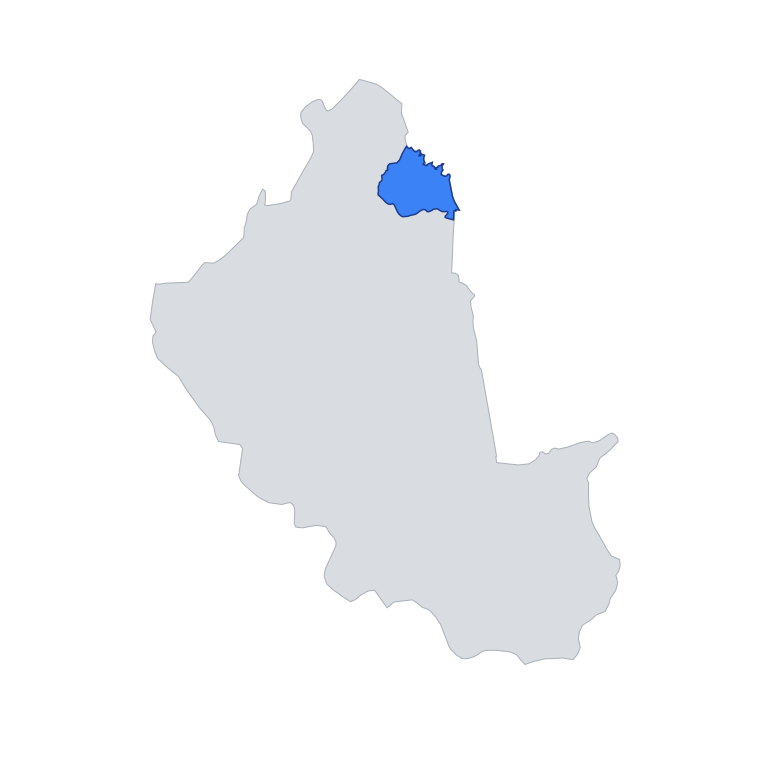 Kompienga on a map of Burkina Faso (orthographic projection), rotated 260°
{"feature_id": "BFA-2183", "entity_name": "Kompienga", "entity_type": "Province", "adm_level": 1, "iso_a3": "BFA", "parent_name": "Burkina Faso", "parent_adm1": "", "projection": "orthographic", "projection_center": [0.977, 11.426], "detail": "fine", "context": "in_parent", "style": "filled", "palette": "blue", "viewbox_px": 768, "rotation_deg": 260, "n_neighbors": 0, "source": "natural_earth", "source_scale": "10m", "svg_char_len": 5498}
<svg xmlns="http://www.w3.org/2000/svg" viewBox="0 0 768 768"><g transform="rotate(260 384 384)"><path d="M574.0,483.6L554.2,484.4L547.0,486.6L542.6,486.6L542.5,484.8L542.0,483.7L517.0,477.6L499.5,473.9L481.7,469.8L480.7,473.6L478.1,476.0L474.3,476.1L471.6,475.5L469.8,478.4L466.9,482.2L462.8,484.1L458.7,486.4L456.4,488.4L454.8,488.5L450.8,483.6L445.4,483.1L435.3,483.8L430.7,482.5L424.5,481.8L409.9,482.7L386.5,480.5L382.7,481.5L381.7,482.4L358.5,482.4L333.1,482.4L311.8,482.4L293.2,482.3L293.1,481.5L287.2,481.3L286.5,482.9L280.9,502.4L280.2,513.0L282.9,519.7L286.1,523.9L289.6,525.7L289.9,528.1L287.0,531.1L287.2,534.3L290.5,537.5L291.3,540.9L289.6,544.5L289.9,553.1L292.2,566.7L292.2,575.5L289.8,579.5L290.8,586.4L295.3,596.2L296.1,600.3L294.4,602.2L290.6,604.7L286.7,604.6L282.3,598.6L280.3,595.9L276.7,589.9L273.7,583.9L269.6,581.2L265.5,578.7L260.6,571.0L255.8,567.3L250.7,568.3L243.3,566.8L228.3,564.6L212.2,564.9L205.4,566.6L198.8,569.2L181.9,575.0L175.3,577.9L170.2,585.5L164.5,585.2L158.8,582.6L155.3,579.1L147.7,579.7L140.3,576.2L133.3,569.5L128.1,567.2L121.5,562.2L119.8,553.1L115.7,546.6L112.0,537.6L106.3,533.5L99.6,531.2L90.4,531.5L84.4,527.8L79.8,522.5L81.1,518.0L83.4,511.6L83.8,505.5L85.4,495.5L84.8,483.0L83.3,474.2L88.5,470.7L94.4,467.6L98.2,461.7L102.2,448.5L104.1,437.0L103.0,432.8L101.1,429.3L99.7,424.3L99.0,418.3L100.1,413.0L104.7,408.2L110.3,404.2L114.3,402.4L124.8,400.5L137.9,397.8L145.5,394.5L151.0,391.1L154.2,388.5L157.4,382.9L162.5,378.7L166.5,374.4L167.3,362.2L167.4,355.3L164.6,351.4L163.1,348.1L182.6,338.9L182.9,332.2L180.3,324.6L176.7,318.5L175.4,313.3L180.8,307.2L185.7,302.7L189.2,298.9L196.9,293.0L204.8,291.6L211.9,294.0L232.8,308.4L236.4,309.3L240.8,308.3L246.5,304.7L253.7,301.9L256.6,292.5L256.5,278.7L258.3,272.4L262.1,271.3L274.2,274.1L277.4,274.3L280.9,273.5L283.5,271.1L283.5,266.6L283.0,262.7L287.1,249.9L294.5,240.4L309.3,228.5L313.8,226.1L319.1,225.0L345.1,233.5L349.4,231.5L356.1,211.1L363.1,209.2L371.6,208.9L377.2,207.2L380.1,205.8L392.5,198.2L414.5,187.7L426.3,183.3L428.7,181.6L437.1,174.1L448.4,165.6L455.5,163.9L465.3,163.3L471.5,164.8L473.2,167.2L475.2,168.5L488.1,164.9L506.5,170.8L522.4,176.6L521.3,180.2L521.2,186.6L519.8,196.8L518.2,209.0L524.7,216.9L532.6,225.4L534.7,228.7L532.6,237.0L534.1,242.0L538.2,250.1L545.3,260.5L552.6,271.2L557.6,272.6L562.4,273.5L565.4,275.4L569.6,277.2L573.9,278.5L577.6,280.8L580.0,283.1L583.0,289.7L591.3,294.0L597.0,298.3L594.7,300.5L587.5,299.6L580.8,297.7L579.9,300.9L579.6,313.0L580.7,323.0L582.3,324.4L589.1,326.2L605.3,339.3L619.9,351.6L624.9,354.9L633.0,356.1L642.1,356.5L646.0,355.4L654.8,349.1L659.5,348.4L663.8,348.6L666.1,349.6L670.4,354.6L674.4,362.3L675.5,368.0L675.2,371.0L673.8,372.2L666.6,373.7L663.5,374.8L662.7,376.5L663.8,380.3L665.3,382.8L673.2,393.8L684.7,408.7L688.2,412.5L686.3,417.0L680.5,428.7L676.2,433.6L657.0,450.2L647.6,448.2L627.8,451.6L624.8,447.8L620.2,447.3L614.5,448.0L612.4,449.5L611.8,451.1L609.7,453.4L606.1,459.9L603.2,461.6L599.7,462.6L595.4,462.5L592.9,463.3L592.9,466.6L592.1,469.4L589.2,470.8L587.9,474.0L588.2,477.1L586.5,478.5L582.7,477.8L580.5,476.9L578.4,480.9L575.9,483.7L574.0,483.6Z" fill="#d9dde1" stroke="#a8b0b8" stroke-width="1"/><path d="M614.2,447.5L613.3,447.8L612.3,448.6L611.6,449.5L611.5,450.2L612.3,451.8L611.0,452.6L609.3,453.4L607.7,454.4L607.1,455.9L607.5,457.2L608.3,458.3L608.4,459.3L607.1,460.4L606.5,459.8L606.0,459.6L605.4,459.8L604.9,460.4L604.4,459.6L603.5,458.6L602.7,458.1L602.3,459.1L602.5,459.7L603.2,460.5L603.4,461.2L603.3,461.8L602.3,463.7L599.8,462.4L598.5,462.1L597.1,462.0L596.4,462.2L596.0,462.4L595.6,462.6L594.9,462.6L595.0,462.2L594.4,461.3L593.7,460.7L592.9,461.9L592.1,462.7L591.7,463.7L593.2,466.1L593.5,468.7L593.9,470.1L593.1,469.8L591.5,469.1L590.7,469.1L590.4,469.5L589.8,470.9L589.4,471.2L586.9,471.8L586.5,472.0L586.5,473.1L586.8,473.0L587.3,472.6L588.0,472.8L588.1,473.1L588.0,474.1L588.0,474.4L588.3,474.6L589.0,474.9L589.3,475.8L589.3,476.7L589.4,477.6L589.9,478.4L590.8,479.3L590.7,480.6L590.5,480.9L589.9,480.4L589.3,479.6L589.1,479.2L588.4,479.0L586.0,478.7L585.7,478.8L584.9,479.2L584.4,479.2L584.2,479.1L583.8,478.3L583.6,478.1L583.2,478.0L582.8,477.6L582.3,477.2L580.6,476.9L580.2,476.8L579.9,477.0L579.4,477.7L578.9,478.6L578.3,479.6L578.0,479.8L577.9,480.6L578.0,481.4L578.2,482.2L578.8,482.5L579.3,482.9L579.4,483.8L579.2,484.7L578.8,485.1L577.5,485.1L576.4,485.0L574.1,483.7L564.1,483.9L556.7,484.0L551.9,484.9L542.2,488.3L543.2,485.0L541.9,484.7L542.2,484.3L542.3,484.0L542.4,483.7L542.5,483.4L542.4,483.1L542.3,482.9L542.2,482.8L533.6,481.0L533.8,480.4L536.7,474.2L537.8,473.1L538.8,473.6L539.7,474.9L541.0,476.4L542.3,476.7L543.0,475.7L543.2,473.5L543.6,471.5L544.5,470.1L547.4,466.8L547.4,465.9L547.3,465.1L547.7,463.9L547.3,462.5L546.6,461.3L545.9,457.9L546.3,456.4L548.3,455.1L549.1,453.0L548.7,451.4L547.9,449.0L546.3,446.1L545.7,444.2L545.4,438.7L545.0,436.7L545.5,431.4L546.4,430.2L548.7,428.2L551.3,427.1L558.4,425.3L560.2,423.8L559.8,421.8L560.4,419.6L562.3,417.6L563.3,416.8L566.6,414.7L571.2,411.1L573.0,411.3L574.6,412.0L577.2,412.4L579.3,412.5L580.2,413.1L581.2,413.9L582.7,414.2L583.6,415.0L584.1,416.2L585.0,417.3L586.0,417.7L588.5,417.8L589.6,417.8L590.1,418.5L590.3,419.9L591.2,421.0L592.3,422.2L593.4,422.8L593.9,423.2L593.9,424.5L594.3,425.1L595.2,424.7L596.0,424.8L596.5,425.2L597.4,425.2L598.6,426.0L599.3,426.9L599.9,428.2L599.5,434.9L601.8,438.2L607.7,442.0L613.2,446.5L614.1,447.4L614.2,447.5L614.2,447.5Z" fill="#3b82f6" stroke="#1e3a8a" stroke-width="1.5"/></g></svg>